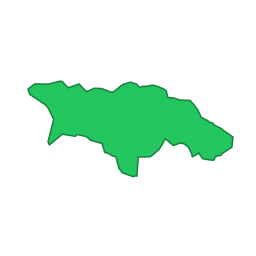 outline of Ife North, Osun, Nigeria, rotated 101°
{"feature_id": "59680162B27814311157346", "entity_name": "Ife North", "entity_type": "district", "adm_level": 2, "iso_a3": "NGA", "parent_name": "Nigeria", "parent_adm1": "Osun", "projection": "orthographic", "projection_center": [4.45, 7.387], "detail": "fine", "context": "isolated", "style": "filled", "palette": "green", "viewbox_px": 256, "rotation_deg": 101, "n_neighbors": 0, "source": "geoboundaries", "source_scale": "gbopen_adm2", "svg_char_len": 1448}
<svg xmlns="http://www.w3.org/2000/svg" viewBox="0 0 256 256"><g transform="rotate(101 128 128)"><path d="M108.9,233.6L113.7,230.9L121.1,213.2L123.9,210.0L133.6,202.6L139.0,202.9L156.7,203.9L158.5,202.8L159.5,201.9L146.6,191.3L146.2,178.0L144.1,176.9L144.4,167.3L147.2,162.4L148.2,150.6L156.4,146.1L156.5,143.2L158.3,138.1L158.5,134.5L169.4,129.1L173.0,124.9L174.8,113.8L173.4,111.0L173.5,110.2L154.5,112.3L152.2,101.4L151.1,99.7L143.1,93.4L137.3,91.2L131.5,89.4L132.2,87.9L132.9,86.6L133.7,85.3L134.4,84.0L135.2,82.7L135.7,81.7L136.5,80.3L135.2,77.8L132.8,74.0L132.9,69.7L134.1,67.1L135.7,64.8L138.1,62.7L139.1,62.3L140.4,61.0L143.8,59.4L142.1,56.8L139.0,53.7L140.5,52.6L141.5,51.3L142.2,50.6L143.8,49.1L143.9,48.1L143.9,46.0L143.9,44.5L143.8,43.7L143.6,39.9L143.0,37.4L139.5,36.8L137.9,33.9L137.8,33.5L137.4,31.8L134.9,30.4L127.0,22.4L119.4,23.0L116.8,23.3L112.4,33.4L111.2,35.5L110.3,37.8L108.7,43.7L106.9,46.1L106.7,49.5L105.4,51.3L105.1,52.8L105.1,53.4L103.3,58.7L102.2,59.0L96.7,63.2L92.6,67.7L89.1,72.2L90.7,82.8L89.8,87.6L90.4,94.7L84.2,97.6L82.7,101.0L81.2,109.5L81.4,112.7L83.6,118.0L84.3,121.8L86.0,123.9L83.2,128.2L82.5,134.5L84.4,137.9L86.6,141.9L91.3,145.7L91.8,146.1L92.4,146.6L95.7,149.7L96.0,152.5L95.3,155.7L94.3,161.6L95.4,168.7L98.5,172.9L99.9,175.0L99.3,177.3L94.1,184.4L100.0,194.5L94.9,201.4L95.0,203.6L95.7,205.2L97.3,208.6L100.1,214.4L102.5,228.0L108.9,233.6Z" fill="#22c55e" stroke="#15803d" stroke-width="1.5"/></g></svg>